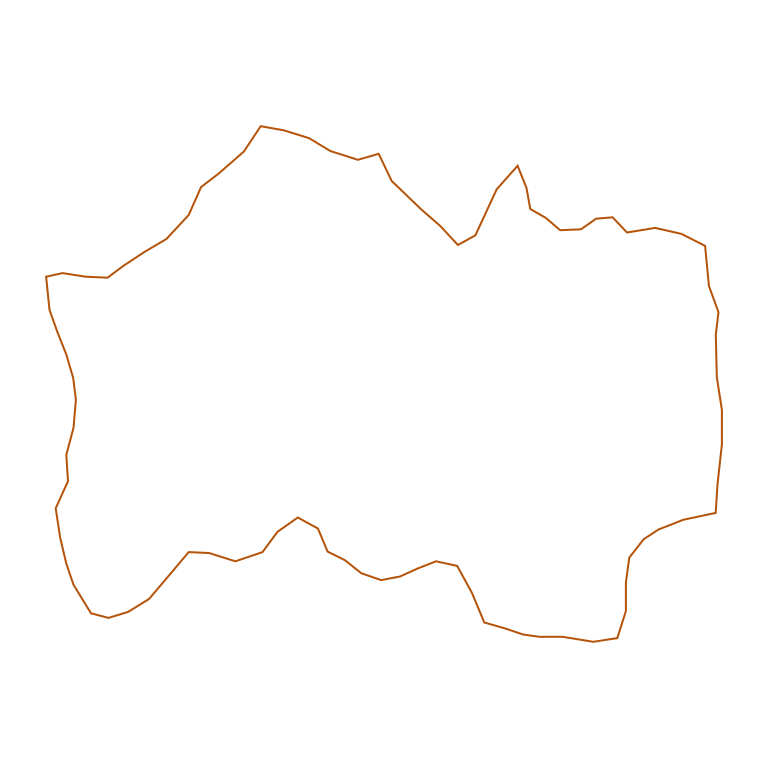 the district of Pingo d'Água, Minas Gerais, Brazil
{"feature_id": "56859067B13072007558116", "entity_name": "Pingo d'Água", "entity_type": "district", "adm_level": 2, "iso_a3": "BRA", "parent_name": "Brazil", "parent_adm1": "Minas Gerais", "projection": "equal_earth", "projection_center": [-42.425, -19.742], "detail": "fine", "context": "isolated", "style": "outline", "palette": "amber", "viewbox_px": 768, "rotation_deg": 0, "n_neighbors": 0, "source": "geoboundaries", "source_scale": "gbopen_adm2", "svg_char_len": 1202}
<svg xmlns="http://www.w3.org/2000/svg" viewBox="0 0 768 768"><path d="M46.1,276.7L49.5,309.9L57.4,332.0L66.3,354.5L73.2,378.0L75.9,399.7L73.5,427.8L66.3,454.9L68.0,481.2L55.7,508.3L60.2,537.8L66.3,563.6L73.5,584.7L91.0,613.3L108.5,617.9L128.1,611.9L149.0,599.0L170.9,573.2L188.7,552.1L209.0,553.0L235.4,561.3L262.5,552.1L277.5,531.8L297.8,517.5L318.0,528.6L327.6,551.6L345.1,560.3L361.2,573.2L381.1,580.1L400.0,576.5L417.4,568.6L436.0,561.3L457.2,565.9L472.0,593.0L484.3,622.5L505.2,628.5L523.0,634.5L539.5,636.8L562.5,636.8L593.3,641.8L617.3,638.1L625.9,611.0L625.9,582.4L629.3,557.6L643.7,539.2L658.5,529.5L683.2,519.8L715.7,512.9L717.5,484.4L721.9,444.3L721.9,409.8L716.8,377.1L715.8,334.3L718.5,312.2L708.9,285.9L705.1,245.9L681.5,233.9L655.1,227.9L627.0,232.5L612.6,217.3L596.1,218.7L581.0,229.3L560.1,230.2L545.7,217.8L530.3,209.1L526.5,187.9L517.6,165.8L496.7,189.3L475.4,235.3L457.9,245.0L440.4,226.1L420.9,209.1L406.1,194.8L391.7,181.0L378.7,153.8L357.8,159.8L330.3,151.0L309.1,138.2L283.7,130.3L260.7,126.2L243.9,151.5L218.6,173.6L201.1,187.0L188.7,215.0L166.4,239.0L144.5,251.9L123.6,265.7L107.5,277.7L85.5,276.7L62.5,273.1L46.1,276.7Z" fill="none" stroke="#b45309" stroke-width="2"/></svg>